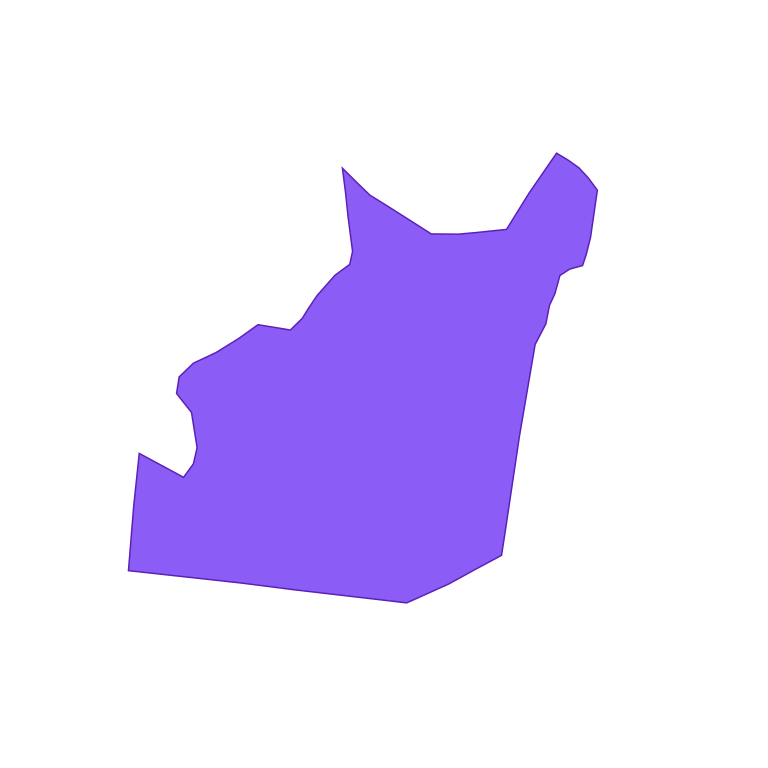 outline of Cupira, Pernambuco, Brazil, rotated 298°
{"feature_id": "56859067B27698814663708", "entity_name": "Cupira", "entity_type": "district", "adm_level": 2, "iso_a3": "BRA", "parent_name": "Brazil", "parent_adm1": "Pernambuco", "projection": "mercator", "projection_center": [-35.912, -8.583], "detail": "fine", "context": "isolated", "style": "filled", "palette": "violet", "viewbox_px": 768, "rotation_deg": 298, "n_neighbors": 0, "source": "geoboundaries", "source_scale": "gbopen_adm2", "svg_char_len": 818}
<svg xmlns="http://www.w3.org/2000/svg" viewBox="0 0 768 768"><g transform="rotate(298 384 384)"><path d="M207.8,200.5L159.0,220.2L99.2,246.0L141.2,351.3L160.9,403.3L201.4,506.8L237.9,535.1L262.5,551.2L287.9,568.2L309.2,560.8L401.2,528.2L489.8,498.9L513.1,498.7L531.1,493.2L543.9,492.5L562.4,488.4L572.5,493.9L581.8,503.7L593.2,501.8L610.5,497.5L655.3,481.4L661.9,467.5L666.4,454.6L668.1,441.6L668.8,428.0L621.1,422.5L578.0,419.6L559.7,392.3L551.2,379.3L538.7,355.3L542.9,301.4L544.1,283.0L549.3,265.0L555.0,246.0L534.9,260.2L515.0,273.6L486.3,294.0L473.5,297.6L457.1,289.7L430.8,283.4L415.6,281.8L403.6,281.0L387.7,276.0L377.2,244.9L355.9,234.3L332.9,220.9L313.0,206.0L294.1,199.8L278.2,205.3L268.5,227.4L240.0,248.9L223.9,253.2L207.5,250.8L207.8,200.5Z" fill="#8b5cf6" stroke="#5b21b6" stroke-width="1.5"/></g></svg>